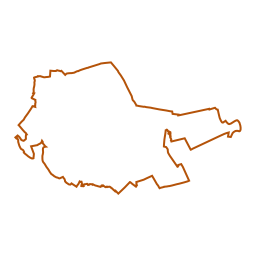 Duda-Epureni, Vaslui, Romania
{"feature_id": "2599482B75726639165286", "entity_name": "Duda-Epureni", "entity_type": "district", "adm_level": 2, "iso_a3": "ROU", "parent_name": "Romania", "parent_adm1": "Vaslui", "projection": "orthographic", "projection_center": [28.077, 46.731], "detail": "fine", "context": "isolated", "style": "outline", "palette": "amber", "viewbox_px": 256, "rotation_deg": 0, "n_neighbors": 0, "source": "geoboundaries", "source_scale": "gbopen_adm2", "svg_char_len": 5613}
<svg xmlns="http://www.w3.org/2000/svg" viewBox="0 0 256 256"><path d="M230.8,137.0L232.6,133.1L233.6,132.1L235.4,131.0L237.1,130.8L238.2,131.0L239.2,131.3L239.9,131.0L240.3,130.4L240.6,129.3L240.6,127.4L240.3,125.5L239.4,122.6L238.3,121.1L237.4,120.3L236.5,120.3L234.8,121.1L230.8,123.6L229.2,124.1L228.4,123.9L227.3,122.9L226.3,121.8L225.6,120.8L222.9,122.6L222.1,122.4L221.8,122.1L220.9,120.7L219.7,118.0L219.4,116.8L218.4,112.6L217.9,110.2L217.7,109.6L216.9,109.5L216.7,109.4L215.7,108.6L215.1,107.8L214.9,107.8L209.4,109.5L209.2,108.8L198.6,111.1L178.5,115.4L178.3,115.4L178.5,114.6L172.6,113.9L172.2,111.5L171.4,111.4L169.9,111.2L166.3,110.5L159.3,109.4L152.5,108.1L150.8,107.7L146.1,107.1L145.0,106.8L144.3,106.7L143.8,106.8L139.2,106.1L137.0,105.6L136.4,105.6L136.3,105.2L135.6,103.9L134.2,101.6L133.1,100.5L132.6,99.8L132.4,99.0L131.7,96.1L127.1,87.1L124.0,80.5L120.8,75.4L118.9,72.8L118.2,71.7L118.0,71.0L114.1,66.2L110.9,62.4L104.9,63.0L100.9,63.5L99.4,64.1L88.5,67.5L88.0,67.8L87.4,67.9L87.1,67.9L82.4,69.4L80.1,70.2L78.6,70.9L78.3,71.1L77.5,71.1L75.9,71.8L75.7,71.9L74.9,72.3L74.7,72.5L73.6,72.8L71.5,73.1L69.1,73.2L66.9,73.5L66.4,73.7L65.2,74.9L61.4,70.8L60.4,71.2L59.8,70.9L57.8,70.5L57.4,70.3L56.7,70.4L56.5,70.5L56.3,70.8L55.9,71.0L53.8,71.0L50.4,70.7L50.0,76.5L48.1,76.9L45.7,77.1L44.9,77.3L43.5,77.2L42.4,76.8L41.1,76.5L40.7,76.2L38.0,76.2L38.0,76.5L35.1,77.2L34.1,77.6L34.2,78.2L34.2,78.6L34.5,79.4L34.7,79.8L34.8,80.6L34.7,81.3L34.4,82.2L34.5,84.2L34.3,85.8L34.1,86.8L33.8,87.9L33.6,89.3L33.7,91.8L33.4,92.7L33.2,93.1L34.2,93.3L33.6,94.4L31.6,97.7L31.6,97.9L31.7,98.1L31.9,98.3L32.6,98.5L33.0,98.8L33.7,99.1L35.4,99.9L35.4,100.2L35.3,100.6L35.5,101.8L35.6,102.1L35.4,103.2L35.2,103.6L35.3,104.2L35.2,104.7L35.1,105.4L34.8,105.6L35.2,105.9L35.1,106.5L35.2,106.9L34.1,106.6L32.5,106.2L31.3,108.3L29.7,110.7L27.9,113.4L24.9,117.5L23.7,119.7L21.4,121.9L18.6,125.1L19.2,125.7L22.8,130.0L23.8,131.1L24.8,132.2L25.8,133.0L26.7,134.4L26.2,134.5L26.0,134.8L25.8,136.7L25.9,138.4L25.9,138.9L25.7,139.2L23.7,140.8L22.5,140.5L21.3,139.9L20.2,138.2L19.5,137.2L18.7,136.4L17.6,135.5L15.4,137.4L16.5,138.6L17.1,138.8L17.4,138.5L17.7,139.1L18.2,140.1L18.2,141.9L19.0,144.7L19.5,146.1L20.4,147.9L20.8,148.6L21.3,149.1L22.3,149.6L22.8,149.9L23.3,150.4L24.1,151.9L24.1,152.4L23.9,152.6L24.5,153.3L27.1,155.4L28.0,156.2L30.2,157.7L30.7,157.9L31.6,158.4L32.9,158.5L33.5,158.2L33.5,157.4L33.6,157.0L33.9,153.9L31.1,146.3L37.5,145.1L38.2,144.5L39.9,143.7L41.4,142.6L42.0,140.8L42.7,141.8L42.8,143.3L44.4,145.2L45.0,146.1L45.8,146.7L44.5,146.9L43.5,147.4L43.0,148.4L42.9,149.6L43.1,152.3L42.8,154.2L42.4,155.9L42.4,158.5L42.5,160.1L42.9,161.6L43.6,162.6L44.6,163.8L45.1,164.7L45.4,165.1L46.3,166.7L48.3,169.4L49.1,170.7L49.5,171.5L51.2,173.9L51.5,174.2L52.6,174.8L52.9,175.2L53.6,175.6L54.3,176.3L55.2,176.7L56.4,177.4L57.6,177.6L58.7,178.2L59.1,178.3L59.4,178.4L59.8,178.3L62.9,176.9L63.5,177.9L64.3,178.7L64.5,179.2L64.8,179.9L65.0,180.5L65.0,181.1L65.2,181.5L65.5,181.9L65.8,182.2L66.1,182.3L66.5,182.9L67.5,183.4L68.5,184.2L68.9,184.4L70.2,184.6L70.5,184.5L71.5,183.4L72.5,184.1L76.5,186.7L77.2,185.5L78.4,184.0L78.9,183.0L79.3,182.4L79.4,182.0L79.5,182.0L79.6,181.7L79.9,182.0L80.1,182.0L80.5,181.7L81.0,181.9L81.4,181.7L81.5,181.7L81.7,182.3L81.8,183.0L82.0,183.9L81.9,184.2L81.6,184.7L81.3,186.0L81.6,186.1L81.8,186.1L82.7,186.1L83.3,186.3L83.7,186.1L83.6,185.8L83.5,185.6L83.4,184.8L83.7,184.7L83.9,184.5L84.2,184.3L84.6,184.4L85.0,184.2L85.6,184.2L86.4,184.0L87.1,183.8L87.3,183.9L88.0,185.0L88.9,184.8L88.9,184.6L89.4,184.5L89.5,184.2L90.1,184.1L90.7,184.1L92.0,184.3L92.3,184.6L92.6,184.2L92.8,184.2L92.9,184.3L93.0,184.5L94.0,184.9L95.3,185.5L97.0,185.9L98.2,186.3L100.0,186.7L100.3,186.9L100.6,186.9L101.1,186.1L101.4,185.7L101.5,185.8L101.7,186.1L102.1,186.2L102.3,186.0L102.9,185.3L103.2,185.4L103.3,185.5L103.2,185.8L103.3,186.0L103.9,186.1L104.4,186.4L104.7,186.7L105.8,187.2L106.2,187.1L106.3,186.9L106.5,186.9L106.8,186.7L107.2,186.9L107.3,186.7L107.6,186.8L108.2,186.9L109.1,186.7L109.4,186.7L109.9,186.8L110.1,187.0L110.5,187.2L110.5,187.3L110.8,187.6L111.0,187.7L111.8,188.3L112.0,188.3L112.3,188.7L112.8,189.1L113.1,189.4L113.7,190.1L114.3,190.3L114.7,191.0L115.2,191.4L115.6,190.8L118.3,193.6L124.7,187.5L129.7,182.3L129.8,182.1L130.1,182.1L130.4,182.3L132.4,184.0L135.1,186.0L135.8,186.6L136.0,187.3L136.0,187.5L136.1,186.6L136.4,186.0L136.4,185.1L136.4,184.7L136.9,185.6L137.2,186.0L136.9,185.3L136.6,184.4L136.5,183.7L136.4,182.0L143.7,179.7L146.6,178.3L152.1,175.8L154.2,179.4L157.0,184.3L157.4,184.7L158.3,185.9L158.9,187.1L159.6,188.2L160.8,187.7L161.4,187.6L164.5,186.8L164.5,186.7L166.7,186.5L168.9,186.1L169.3,186.1L172.0,185.5L176.9,184.2L179.2,183.7L184.1,182.4L187.8,181.3L189.1,180.7L182.9,167.0L181.2,164.1L178.3,165.0L178.2,166.0L177.7,166.3L177.9,167.4L170.9,157.3L169.9,155.9L168.2,153.0L167.9,151.9L167.7,149.3L166.2,147.1L163.9,146.5L164.0,144.3L164.4,139.6L164.8,136.9L165.2,134.5L165.5,132.4L165.7,130.3L166.0,130.2L166.6,129.7L166.9,129.7L167.1,129.8L167.3,130.0L167.9,131.1L168.0,131.3L168.4,131.2L168.7,131.3L169.0,131.5L169.4,131.8L169.1,132.0L168.9,132.2L169.0,132.4L169.2,132.5L169.7,132.4L169.8,132.5L169.7,132.6L169.4,132.7L168.6,133.3L168.4,133.7L168.5,133.8L168.9,133.9L169.7,133.1L170.4,132.6L170.5,133.0L170.4,134.3L170.0,134.3L169.8,135.1L170.3,136.1L170.6,136.2L170.6,136.7L170.1,136.7L170.1,137.0L170.4,137.7L170.8,138.6L171.1,138.9L171.3,139.6L170.9,140.4L171.2,140.9L171.4,141.5L184.7,138.3L190.7,149.7L191.1,149.6L192.9,148.6L219.5,136.1L224.1,134.0L226.5,133.1L228.7,132.5L228.0,136.6L230.8,137.0Z" fill="none" stroke="#b45309" stroke-width="2"/></svg>